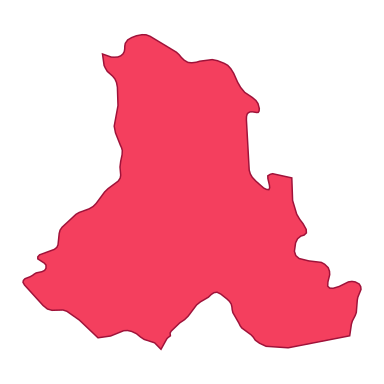 outline of Harghita
{"feature_id": "ROU-307", "entity_name": "Harghita", "entity_type": "County", "adm_level": 1, "iso_a3": "ROU", "parent_name": "Romania", "parent_adm1": "", "projection": "equal_earth", "projection_center": [25.588, 46.623], "detail": "fine", "context": "isolated", "style": "filled", "palette": "rose", "viewbox_px": 384, "rotation_deg": 0, "n_neighbors": 0, "source": "natural_earth", "source_scale": "10m", "svg_char_len": 2361}
<svg xmlns="http://www.w3.org/2000/svg" viewBox="0 0 384 384"><path d="M288.2,347.8L266.1,346.3L259.6,343.3L255.3,340.2L253.4,337.3L251.2,334.9L241.8,328.0L240.2,325.8L238.9,323.1L232.9,312.7L232.2,309.7L231.9,306.8L231.2,304.0L229.5,301.4L226.9,298.9L220.7,294.0L217.0,292.2L213.9,292.7L211.2,294.5L208.4,297.2L200.5,301.8L196.6,304.9L188.2,316.1L184.6,319.6L179.7,322.9L171.2,331.1L170.1,333.0L170.4,335.8L168.0,337.6L166.9,338.7L161.0,349.3L154.6,342.8L144.1,339.4L140.5,337.0L136.5,333.7L131.6,331.4L127.6,330.5L123.7,330.7L110.6,336.0L98.0,337.8L79.4,320.1L66.9,311.3L63.0,310.0L52.0,310.3L47.4,309.0L43.1,305.5L24.5,285.0L23.0,282.3L23.4,280.4L25.0,278.7L30.2,276.7L32.5,275.4L34.2,274.1L36.2,272.9L41.9,271.7L44.6,270.4L46.0,268.3L46.0,265.1L44.3,263.1L37.8,258.9L37.8,256.8L39.6,254.8L54.3,249.4L56.8,247.4L58.0,244.9L59.2,233.4L60.1,230.1L62.1,227.2L76.0,214.3L79.1,212.5L89.2,208.8L93.1,206.5L96.1,203.5L104.6,192.0L108.1,188.6L118.2,181.1L120.2,178.1L120.7,175.2L120.0,167.0L120.7,161.3L122.1,154.7L122.3,150.4L121.5,147.6L120.5,145.5L115.5,132.9L114.2,126.2L118.0,105.6L117.4,87.2L116.5,82.5L114.9,78.9L112.6,76.1L107.3,71.4L105.3,68.0L104.1,65.5L102.5,54.0L111.3,57.1L114.3,57.2L117.8,57.0L120.8,55.8L123.0,53.9L124.3,51.5L124.7,49.0L124.8,46.1L125.3,43.3L127.7,39.9L131.6,37.6L136.3,35.8L142.0,34.7L146.1,34.8L150.1,36.3L176.4,52.2L179.0,54.6L181.3,57.4L184.2,60.2L187.9,62.4L191.6,62.8L196.5,62.2L199.8,61.2L212.2,59.6L217.5,60.7L224.1,63.3L227.7,65.3L230.8,68.7L233.7,73.4L237.6,82.2L240.6,87.4L244.7,92.4L252.6,97.7L255.9,100.5L258.0,103.6L259.3,108.5L259.1,111.0L258.2,112.4L256.7,112.5L252.4,111.8L250.1,111.9L248.3,112.8L247.1,114.2L246.5,116.6L246.4,119.8L249.2,170.1L250.3,173.9L252.2,177.2L255.7,181.0L263.6,188.0L266.4,189.4L268.8,189.7L269.7,187.8L269.4,185.0L267.9,178.6L267.8,175.8L270.3,174.3L272.6,173.7L291.8,177.9L292.6,200.5L296.7,214.2L299.7,219.3L303.1,223.8L306.2,229.4L306.4,232.9L304.1,235.1L300.8,236.1L297.6,238.7L295.6,242.8L294.4,251.3L295.8,255.6L299.1,258.5L308.8,260.9L321.3,262.4L324.6,264.2L328.2,267.7L329.5,271.2L329.7,274.7L327.9,282.0L327.7,286.2L329.7,288.1L333.1,288.3L339.1,286.5L348.4,281.9L351.9,281.4L355.2,281.9L359.2,284.0L360.7,286.6L361.0,289.4L357.8,297.3L357.3,300.0L356.3,312.5L355.2,315.5L352.4,320.9L351.4,324.2L349.7,335.8L288.2,347.8Z" fill="#f43f5e" stroke="#9f1239" stroke-width="1.5"/></svg>